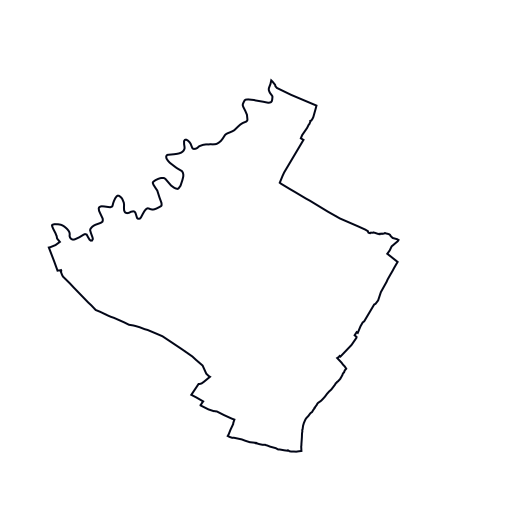 outline of Cavadinesti, Galati, Romania, rotated 224°
{"feature_id": "2599482B39355848993801", "entity_name": "Cavadinesti", "entity_type": "district", "adm_level": 2, "iso_a3": "ROU", "parent_name": "Romania", "parent_adm1": "Galati", "projection": "equal_earth", "projection_center": [28.047, 46.057], "detail": "fine", "context": "isolated", "style": "outline", "palette": "ink", "viewbox_px": 512, "rotation_deg": 224, "n_neighbors": 0, "source": "geoboundaries", "source_scale": "gbopen_adm2", "svg_char_len": 6151}
<svg xmlns="http://www.w3.org/2000/svg" viewBox="0 0 512 512"><g transform="rotate(224 256 256)"><path d="M411.2,130.4L406.9,129.9L407.8,124.6L410.1,119.4L410.9,118.2L397.6,112.0L388.6,107.6L388.3,108.1L386.9,109.6L386.5,110.4L385.8,110.1L385.7,109.9L386.0,109.5L385.8,109.3L382.4,107.7L380.6,107.1L370.8,107.0L365.4,106.7L344.3,106.0L340.2,106.1L333.8,105.8L329.6,107.5L320.6,110.5L318.0,111.5L315.3,112.8L304.7,116.7L299.6,118.3L296.0,120.8L294.1,121.9L290.3,123.9L285.3,126.0L282.6,127.5L273.3,131.1L267.5,133.3L245.5,137.3L232.0,139.5L226.9,139.6L218.3,140.1L210.0,136.8L206.7,136.8L205.2,137.1L206.1,129.3L206.6,126.6L207.2,125.5L207.8,124.6L208.4,124.0L206.1,111.2L200.7,112.8L193.0,114.7L192.7,112.5L192.4,111.2L192.3,110.1L192.1,110.0L183.7,112.6L178.7,115.0L178.1,115.6L177.0,116.3L176.3,116.9L175.8,117.1L168.6,119.3L160.4,122.2L157.9,123.3L156.3,120.0L155.7,119.3L153.7,113.4L151.8,108.8L151.3,106.9L149.3,107.5L146.8,108.7L145.9,109.7L145.2,110.2L138.8,114.2L135.7,115.5L131.2,117.7L126.7,121.2L126.7,120.9L125.9,121.2L125.2,121.8L122.9,123.0L120.2,124.7L118.2,126.6L117.5,126.8L116.3,127.5L113.3,128.7L113.0,128.9L108.3,131.5L105.7,132.2L104.4,133.4L100.5,136.0L98.1,137.8L98.2,138.2L97.9,138.5L96.3,138.8L95.1,139.6L94.3,140.3L93.0,141.6L91.1,143.2L90.0,144.7L87.9,147.3L91.1,150.3L91.9,151.4L92.9,152.5L97.0,157.4L99.7,160.4L100.8,162.0L101.9,163.0L102.1,163.7L104.3,166.7L104.9,167.9L105.5,169.0L106.7,172.2L107.0,173.2L107.2,174.5L107.2,177.3L107.6,180.2L107.6,181.2L107.3,182.6L107.4,183.2L107.8,184.7L108.2,187.5L108.4,187.5L108.9,191.3L109.1,191.8L109.3,192.5L109.3,193.6L108.8,196.0L108.6,197.3L108.6,200.2L108.7,202.7L109.2,206.5L109.2,207.6L109.3,209.1L109.1,211.8L109.1,212.5L109.8,218.4L110.0,219.2L110.2,219.6L110.2,220.0L110.0,220.7L110.2,221.7L109.9,223.0L110.0,223.3L110.0,225.3L110.1,226.5L110.4,227.2L110.4,227.6L110.7,228.6L111.2,230.5L111.7,231.5L111.9,232.2L111.8,233.5L112.2,234.1L112.5,235.0L112.7,235.5L112.8,237.6L115.4,238.2L118.1,238.3L120.3,238.7L126.7,239.0L126.3,240.8L126.4,242.2L125.4,242.3L125.5,258.4L126.9,266.8L127.4,267.6L130.0,267.5L130.7,271.2L129.4,271.4L132.0,278.0L133.1,282.3L132.8,284.2L137.3,303.2L136.8,304.6L137.3,308.9L141.1,316.8L144.1,328.1L145.0,330.5L146.4,335.9L147.5,340.4L148.3,343.1L149.2,346.7L150.0,350.1L163.1,348.8L163.7,352.9L165.1,357.1L165.1,357.6L164.9,359.0L164.8,360.4L164.3,365.1L164.6,366.5L166.2,366.1L170.2,363.9L172.9,363.9L174.4,364.3L175.3,364.1L176.6,363.5L178.2,362.5L179.2,362.1L179.5,361.1L179.7,360.7L180.8,359.7L180.7,359.5L181.5,358.8L181.4,358.7L181.6,358.8L182.1,358.3L182.6,357.7L182.3,357.5L182.4,357.4L182.7,357.5L183.0,357.1L183.7,356.6L186.5,355.3L187.9,354.5L187.9,354.2L188.8,353.2L189.0,353.1L189.6,352.6L189.9,352.0L189.8,351.7L190.5,351.2L191.4,350.9L192.6,351.4L192.7,351.5L193.0,351.6L193.5,351.4L195.7,350.9L203.0,348.3L221.7,341.3L235.2,337.8L255.7,333.2L260.0,332.0L272.0,329.2L278.5,327.6L288.1,325.4L289.8,325.2L292.6,332.2L293.8,335.7L302.5,372.5L305.5,371.8L306.8,375.1L308.2,383.6L309.3,387.1L309.3,388.1L310.3,390.5L310.8,390.9L310.3,391.9L310.7,394.0L311.3,395.8L315.4,403.4L317.0,406.2L342.7,396.3L357.7,391.4L359.9,391.6L361.2,392.4L365.2,392.9L367.0,392.9L365.1,389.8L363.7,386.5L363.2,385.5L362.7,384.9L362.2,384.4L361.6,384.0L359.8,383.2L359.1,383.0L356.0,382.5L355.3,382.3L354.7,381.9L353.1,379.9L352.5,378.9L352.2,378.3L352.1,377.6L352.1,377.1L352.4,376.4L353.3,375.1L353.7,374.7L355.4,373.6L357.8,372.1L364.5,367.5L365.7,366.9L370.4,363.2L371.9,361.5L372.2,360.7L372.3,360.1L371.6,357.7L370.9,356.0L370.2,355.2L368.7,354.4L364.4,352.9L360.6,351.3L357.2,348.4L356.7,347.9L356.4,347.2L356.4,345.9L357.6,343.2L358.0,342.2L358.6,339.6L358.8,336.8L359.0,331.4L359.6,329.4L360.7,326.7L361.8,324.3L362.3,322.4L362.3,321.3L361.5,317.3L361.2,314.5L361.4,312.4L361.6,311.3L362.2,309.3L363.0,308.1L364.6,306.3L366.5,304.7L367.6,303.3L368.3,302.7L369.6,301.4L371.2,299.3L371.7,298.4L373.1,295.5L373.3,292.9L373.6,292.1L373.9,291.3L375.0,289.9L375.5,289.6L376.1,289.4L377.0,289.5L381.0,291.3L382.9,291.7L385.1,291.7L386.8,291.3L387.5,290.7L387.8,290.1L387.7,289.3L387.5,288.6L385.4,286.5L383.3,284.9L382.3,284.0L381.8,283.1L381.3,281.6L381.3,280.2L381.6,278.5L382.6,276.4L383.8,274.6L385.7,272.2L389.9,267.3L390.1,266.6L390.0,265.9L389.7,265.2L388.7,264.3L387.9,263.9L385.7,263.4L383.2,263.2L381.7,263.3L375.6,264.0L373.7,264.3L368.3,265.6L366.6,265.2L365.0,264.2L363.8,263.0L362.9,261.6L361.6,259.3L359.1,254.1L358.7,251.1L358.9,249.9L360.3,249.0L361.5,248.5L362.5,248.2L366.0,247.7L374.7,248.5L375.8,248.3L376.4,248.1L376.9,247.7L378.3,246.3L378.9,245.5L379.9,243.6L381.0,240.7L381.4,238.4L381.4,237.6L381.2,237.1L380.7,236.7L379.2,236.0L375.0,235.0L372.5,234.5L366.0,231.0L362.9,229.5L360.7,228.4L360.0,227.7L359.4,227.2L359.0,226.6L359.0,225.8L359.7,223.5L360.6,220.9L361.6,218.9L362.1,218.2L362.8,217.4L364.6,216.3L366.1,215.7L367.1,215.0L367.5,214.0L367.6,213.3L367.6,212.3L367.4,210.5L366.6,207.4L365.6,204.0L365.5,203.2L365.5,202.3L365.9,201.7L366.4,201.2L366.9,200.8L367.5,200.7L368.1,200.8L372.5,203.2L373.8,203.5L374.4,203.4L374.9,203.2L375.4,202.8L376.0,201.9L376.6,201.1L377.4,198.8L378.2,197.6L378.8,197.1L380.0,196.5L380.7,196.5L381.5,196.7L382.7,197.3L384.6,199.1L386.5,201.2L388.1,202.5L391.0,203.8L392.4,204.3L394.3,204.4L396.0,204.2L396.6,204.0L397.4,203.3L397.7,202.2L397.4,199.8L396.4,196.9L395.4,194.7L394.5,193.2L393.9,191.9L394.0,191.3L394.7,189.8L400.0,185.9L401.7,184.4L402.1,183.8L402.6,182.4L402.5,181.6L402.1,180.9L400.3,179.5L398.1,178.6L392.3,176.4L391.1,175.4L390.3,174.1L390.5,172.7L391.0,171.4L393.2,166.9L393.7,165.5L394.1,163.5L394.1,162.1L393.9,160.5L393.6,159.9L393.2,159.3L390.6,157.8L386.5,155.8L385.2,154.9L384.7,153.2L385.5,152.3L387.0,152.1L390.0,152.9L392.7,153.8L394.2,153.0L394.8,151.7L396.1,146.7L397.7,142.6L398.4,141.3L399.5,140.3L401.0,139.9L402.6,140.1L404.0,140.9L404.9,142.0L406.0,143.0L407.4,143.7L408.8,144.0L410.4,144.2L411.9,144.2L413.5,144.1L415.1,143.9L416.6,143.5L418.1,142.9L419.3,142.1L420.6,141.2L423.0,138.9L423.2,138.7L424.1,137.1L424.1,136.4L423.1,135.7L420.8,134.7L415.8,133.0L414.4,132.3L413.5,132.0L411.2,130.4Z" fill="none" stroke="#020617" stroke-width="2"/></g></svg>